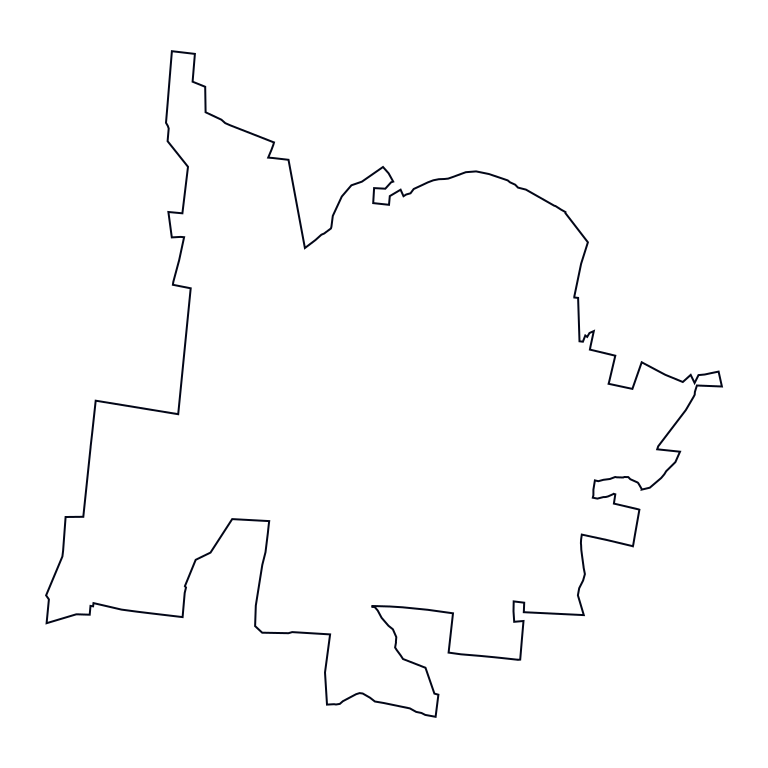 Tahmek, Yucatán, Mexico (Robinson projection)
{"feature_id": "50627088B83810267980946", "entity_name": "Tahmek", "entity_type": "district", "adm_level": 2, "iso_a3": "MEX", "parent_name": "Mexico", "parent_adm1": "Yucatán", "projection": "robinson", "projection_center": [-89.276, 20.901], "detail": "fine", "context": "isolated", "style": "outline", "palette": "ink", "viewbox_px": 768, "rotation_deg": 0, "n_neighbors": 0, "source": "geoboundaries", "source_scale": "gbopen_adm2", "svg_char_len": 3459}
<svg xmlns="http://www.w3.org/2000/svg" viewBox="0 0 768 768"><path d="M383.7,703.0L409.9,708.4L416.2,711.9L421.5,713.0L425.2,714.9L435.6,716.8L438.4,694.7L434.4,693.6L425.5,667.8L403.0,659.0L400.8,655.6L396.6,649.9L395.1,647.5L396.0,642.5L395.9,641.9L396.3,637.1L392.9,629.3L388.5,625.8L381.6,617.8L377.7,610.5L374.7,607.0L372.3,606.9L372.2,606.5L372.3,606.0L389.9,606.5L402.6,607.3L427.8,609.8L453.0,613.3L448.6,652.6L460.9,654.3L480.2,655.9L493.9,657.2L500.7,657.9L507.2,658.6L517.3,659.7L517.7,659.7L517.8,659.8L518.0,659.8L520.2,659.6L521.4,645.4L521.8,640.5L523.5,621.0L514.2,621.8L513.5,611.3L513.7,601.4L524.2,602.7L523.9,610.5L523.8,612.2L583.8,615.1L577.9,595.3L579.2,588.2L583.1,580.5L584.9,574.1L583.6,567.5L583.6,567.1L582.0,555.3L581.3,549.8L581.1,545.0L580.9,543.2L581.1,539.5L581.8,534.6L607.3,540.1L632.0,546.0L632.9,546.3L633.3,544.5L634.9,535.1L639.4,509.7L638.6,509.4L613.9,503.6L615.3,494.3L613.6,493.8L613.3,494.1L608.1,496.4L605.8,497.0L603.3,497.1L597.4,498.6L592.8,497.7L593.4,495.2L593.4,489.7L594.9,480.4L598.3,481.2L603.5,479.8L609.9,479.0L615.2,477.0L616.7,477.3L623.1,477.5L624.4,477.0L628.3,477.1L630.3,479.2L637.6,482.5L638.3,483.2L639.6,485.4L641.8,489.2L641.7,489.6L649.8,487.7L661.2,478.0L664.3,474.3L666.2,471.2L675.4,462.1L680.0,451.7L657.2,449.3L658.2,446.3L685.8,410.1L693.5,397.0L694.7,394.7L694.9,391.9L696.9,385.5L721.9,386.5L718.6,371.6L710.8,373.2L704.8,374.5L698.5,375.1L694.6,383.0L690.7,374.9L682.8,382.0L665.3,374.8L641.7,362.3L632.4,388.9L608.6,383.8L609.2,381.6L615.3,355.7L589.9,349.6L590.5,346.4L593.8,331.1L589.5,333.0L587.2,336.9L585.3,335.5L582.9,341.7L579.5,341.3L578.1,297.9L574.3,297.5L574.3,296.6L581.1,263.8L587.9,242.3L565.4,213.1L565.5,212.1L561.2,209.7L555.4,206.0L554.4,205.8L547.2,201.7L525.9,189.6L523.5,189.0L518.0,187.6L515.2,184.7L512.6,183.5L510.0,182.3L507.7,180.4L501.6,178.3L488.8,174.0L481.5,172.5L476.1,171.4L465.8,172.2L452.5,177.1L448.2,178.6L444.4,179.0L438.9,179.2L433.3,180.3L427.8,182.4L422.1,185.1L413.7,189.0L410.5,193.3L406.2,194.5L403.5,196.2L400.6,189.7L389.8,196.1L389.0,204.8L373.2,203.1L374.1,188.1L385.3,188.7L391.1,182.3L393.2,181.6L388.6,173.3L383.0,167.0L362.0,181.6L361.8,181.7L351.4,185.3L341.8,196.5L332.8,215.9L331.4,226.9L330.9,228.5L326.3,231.9L324.2,233.5L321.4,234.7L315.5,240.0L313.4,241.6L304.9,248.0L288.5,159.8L272.8,158.0L268.2,157.6L271.4,150.0L273.3,144.9L274.0,142.4L273.1,142.1L272.9,142.0L272.6,141.9L230.2,125.3L225.2,123.1L221.4,119.7L205.6,112.3L205.2,87.4L205.2,87.2L205.2,86.8L192.6,81.7L194.9,53.9L171.9,51.2L170.1,73.0L170.1,73.3L170.0,74.2L167.6,103.8L166.0,122.8L167.8,125.9L168.7,128.5L167.6,141.2L188.0,166.8L182.4,213.3L168.4,212.0L171.8,237.4L180.7,236.9L184.1,237.2L179.0,260.9L178.9,261.1L173.3,281.9L172.9,284.8L190.7,288.3L178.2,414.2L95.7,400.7L92.1,433.8L90.6,446.8L90.6,447.2L83.3,516.8L65.6,517.0L63.1,550.8L62.4,556.5L46.1,595.4L48.9,599.4L46.6,623.2L76.0,614.4L76.4,614.3L76.9,614.3L82.9,614.5L89.7,614.7L90.5,605.9L93.1,606.3L93.5,603.1L111.2,607.2L121.5,609.6L137.2,611.7L150.4,613.3L182.6,617.1L184.7,592.9L186.0,587.5L184.9,586.2L195.7,559.8L210.5,552.6L232.2,519.1L269.2,521.1L268.8,524.3L268.4,527.9L268.1,530.7L267.9,532.7L265.5,552.2L262.3,564.9L255.8,605.6L255.1,626.1L262.2,632.7L288.5,633.2L292.2,632.1L330.1,634.4L325.0,672.5L327.0,704.6L334.1,704.2L336.0,704.5L339.8,703.9L342.9,701.2L356.1,694.2L359.6,693.1L362.7,693.5L370.0,697.7L374.9,701.5L383.7,703.0Z" fill="none" stroke="#020617" stroke-width="2"/></svg>